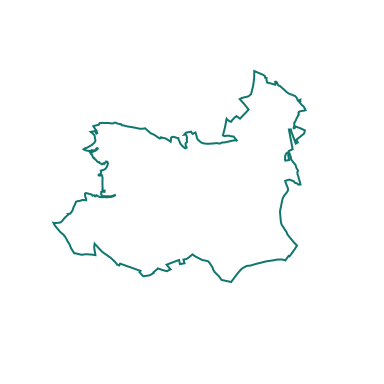 the district of Sincai, Mures, Romania, rotated 334°
{"feature_id": "2599482B3867982596225", "entity_name": "Sincai", "entity_type": "district", "adm_level": 2, "iso_a3": "ROU", "parent_name": "Romania", "parent_adm1": "Mures", "projection": "orthographic", "projection_center": [24.372, 46.658], "detail": "fine", "context": "isolated", "style": "outline", "palette": "teal", "viewbox_px": 384, "rotation_deg": 334, "n_neighbors": 0, "source": "geoboundaries", "source_scale": "gbopen_adm2", "svg_char_len": 6068}
<svg xmlns="http://www.w3.org/2000/svg" viewBox="0 0 384 384"><g transform="rotate(334 192 192)"><path d="M259.2,271.9L259.4,268.9L258.9,267.0L258.8,264.6L258.3,260.9L258.4,259.6L258.6,258.4L260.0,254.6L262.4,248.4L264.2,245.8L265.4,244.4L268.0,240.9L270.9,237.3L272.9,235.9L277.3,233.8L279.3,232.3L279.7,231.1L279.9,230.0L280.3,224.3L280.6,222.9L284.0,223.3L285.0,223.7L286.1,224.6L287.4,226.3L288.2,226.9L288.4,228.5L288.7,229.1L290.3,230.4L290.8,232.0L292.8,232.8L293.7,228.4L294.0,226.1L294.4,224.9L294.6,222.4L295.3,220.4L296.4,219.7L296.6,219.2L296.6,218.5L296.4,216.1L296.9,212.9L295.9,209.1L295.4,205.6L296.0,204.5L296.2,203.5L296.3,201.4L295.9,201.0L296.1,200.3L296.6,200.0L296.3,199.5L295.2,200.3L294.5,201.3L293.3,205.8L289.7,204.8L289.7,203.9L291.6,200.3L293.5,198.8L293.9,198.6L296.4,198.3L297.0,197.6L301.2,197.7L306.5,178.3L308.3,179.1L307.7,181.6L306.5,194.0L308.8,193.8L308.8,190.8L318.0,188.7L318.6,188.4L320.5,186.1L317.3,182.2L314.1,178.8L313.6,178.4L312.4,179.5L311.5,179.5L311.4,179.2L311.8,178.5L313.3,176.8L314.1,174.8L314.7,174.6L315.0,174.1L315.9,173.8L318.7,171.3L320.2,170.4L320.9,169.5L321.9,169.3L322.0,169.1L322.4,167.6L322.7,167.1L323.1,166.9L324.3,166.9L326.7,167.4L328.6,168.1L330.0,168.2L330.0,166.8L329.8,163.9L329.4,163.0L328.8,162.1L328.3,159.8L327.9,158.7L328.0,158.4L329.0,158.2L329.1,157.7L329.8,156.6L327.6,156.7L327.7,156.2L327.2,155.9L327.3,155.3L327.4,153.3L326.8,151.0L322.1,145.9L320.8,143.5L319.7,140.6L317.9,136.2L317.3,135.0L316.4,134.3L316.3,133.6L316.2,131.1L316.2,130.1L315.8,129.7L315.1,129.4L314.3,131.4L313.9,132.1L309.1,127.8L307.8,126.9L307.5,126.4L307.9,125.2L308.0,124.0L309.0,122.3L307.8,121.3L308.2,120.5L308.3,119.9L307.6,118.3L307.0,117.5L301.0,110.6L297.9,116.7L293.8,123.0L288.0,129.9L284.7,130.8L278.0,129.3L275.6,129.4L277.4,135.4L278.0,138.3L278.5,140.2L279.0,142.8L267.3,147.1L265.2,143.3L263.8,143.7L263.4,143.6L259.2,145.2L258.2,146.0L257.8,146.0L256.9,145.0L255.7,143.1L255.3,142.3L255.2,141.4L255.0,141.6L250.1,148.2L244.6,154.7L245.9,156.1L246.4,156.4L247.0,156.3L250.1,157.7L250.8,158.5L252.5,159.7L253.7,160.3L254.8,165.3L254.3,165.3L253.9,164.6L251.2,163.7L243.2,161.8L240.6,160.7L238.2,160.7L235.5,158.8L232.6,157.8L227.1,155.5L223.7,153.4L221.7,151.2L220.9,149.0L220.6,148.5L220.2,147.6L220.2,145.6L220.8,142.7L221.2,140.0L217.9,140.0L217.6,137.3L217.3,137.2L215.8,137.0L213.6,136.2L212.3,136.1L210.1,137.1L211.3,137.5L211.6,137.7L211.6,138.1L211.7,138.9L211.4,140.5L211.0,141.8L210.1,142.6L209.9,144.0L209.2,145.1L208.3,145.1L207.6,145.4L207.0,146.5L206.7,148.0L206.7,149.6L206.6,149.8L205.3,149.9L204.9,149.7L204.7,149.5L204.5,148.6L204.0,147.7L204.0,147.4L203.6,146.9L202.8,143.8L202.7,142.6L202.9,141.9L203.0,138.4L203.4,137.7L201.2,135.9L200.7,135.3L199.5,134.2L197.6,133.8L197.1,134.0L195.9,136.0L194.9,137.4L192.2,132.9L191.5,132.1L190.2,131.0L188.0,129.3L187.6,130.0L186.3,129.6L183.4,124.5L182.4,123.1L181.0,121.6L180.3,120.5L179.8,119.1L177.7,114.1L175.9,113.7L173.0,112.4L168.0,108.5L162.5,104.6L160.2,102.7L159.7,102.1L158.8,101.6L158.5,101.6L158.0,100.8L158.1,100.1L155.6,98.3L154.9,97.7L154.2,96.7L153.3,96.0L152.8,95.7L151.2,95.8L148.9,94.6L147.3,93.4L143.0,91.4L142.2,90.7L141.1,90.4L139.3,89.6L138.9,89.7L137.9,90.6L137.1,90.6L134.3,89.9L132.1,89.6L133.0,95.1L132.6,97.6L131.6,97.6L131.6,94.7L127.3,93.6L128.6,96.3L128.9,97.1L129.1,98.8L128.8,99.9L128.2,101.3L127.9,103.2L127.2,104.0L125.7,105.0L122.6,105.8L117.5,106.2L115.1,105.8L113.3,106.0L113.8,106.9L115.6,108.7L117.7,110.2L118.6,110.5L120.1,110.4L123.0,112.2L124.6,111.3L125.8,110.9L126.3,111.2L126.3,111.8L123.6,112.6L121.6,112.5L117.8,111.9L117.9,112.5L118.4,112.6L118.6,113.0L118.0,113.3L117.9,113.5L118.1,113.7L118.5,115.2L118.3,115.7L118.2,117.6L118.4,118.2L119.1,118.5L119.1,118.9L118.9,119.7L119.7,121.0L120.0,122.4L120.0,122.7L120.3,123.3L120.7,123.9L121.0,124.3L121.6,124.3L121.8,124.6L121.8,125.5L123.3,127.7L124.8,127.3L125.3,128.3L128.1,126.9L129.2,127.8L129.1,128.3L128.8,128.7L129.1,129.4L126.7,131.9L125.4,132.7L124.4,133.2L122.6,133.4L122.0,133.4L119.4,132.8L118.9,134.6L118.2,135.4L117.6,135.7L116.1,135.5L115.5,135.7L115.4,136.1L115.6,136.5L116.9,137.0L118.4,137.4L118.5,137.6L117.5,140.8L116.6,142.3L113.9,147.9L113.5,149.3L113.0,149.7L112.6,150.6L112.4,151.2L114.1,152.4L113.5,153.5L111.4,152.5L110.8,152.0L110.5,152.0L110.1,152.9L109.6,153.5L109.4,154.1L109.6,154.5L109.3,155.3L109.2,155.4L109.3,156.4L111.7,157.4L113.0,158.3L115.0,159.1L116.2,160.0L119.3,160.8L121.3,160.8L121.3,161.3L119.1,161.3L116.7,160.9L114.1,159.7L113.0,159.4L111.2,158.2L109.3,157.5L108.6,156.8L107.6,156.6L105.9,155.0L104.7,153.0L104.1,153.0L103.5,153.5L103.0,153.5L102.7,152.8L102.9,152.5L102.6,152.0L100.9,151.7L100.7,150.3L96.8,146.9L95.9,146.4L95.5,146.4L95.0,146.7L94.4,148.1L93.9,149.9L94.0,151.3L93.2,153.0L90.7,151.4L89.6,151.0L89.2,151.1L87.3,150.8L85.1,150.1L83.5,149.9L80.9,152.3L78.7,153.9L77.0,155.8L74.7,157.3L73.2,158.0L72.8,158.0L71.4,157.6L71.6,157.9L66.8,159.2L62.2,161.3L60.6,161.7L59.5,161.5L56.4,160.3L54.5,159.5L54.0,159.1L54.0,160.5L54.0,161.3L54.5,164.0L56.1,170.3L57.6,173.6L57.9,174.5L58.3,176.7L58.5,178.5L58.6,181.8L59.0,185.9L58.7,188.3L58.7,189.9L59.3,195.5L60.0,195.7L65.2,200.0L69.3,201.4L70.6,202.1L74.6,204.4L77.5,206.4L79.6,199.4L79.9,198.7L81.8,195.8L84.9,206.0L85.8,207.8L87.4,210.6L90.2,215.8L92.1,220.8L92.9,224.0L92.9,224.5L94.4,226.1L96.0,224.9L111.1,240.3L109.7,241.1L111.1,246.1L111.5,246.4L116.9,248.2L118.5,248.3L122.1,247.9L122.1,247.3L126.2,246.2L127.6,246.1L127.9,245.8L131.7,249.6L134.9,252.3L136.9,252.0L138.8,252.1L137.3,246.2L150.5,247.4L149.6,251.6L154.0,252.8L154.7,249.0L157.6,249.8L159.5,249.6L165.1,248.3L166.6,251.2L171.3,257.5L175.9,261.1L176.4,262.1L176.8,264.0L177.4,269.3L177.0,270.8L177.2,273.6L179.0,278.9L179.4,280.5L180.0,284.0L187.8,290.1L188.0,289.9L197.6,285.0L202.4,283.0L204.3,282.6L208.7,282.4L212.1,283.7L217.5,284.6L228.8,287.0L235.2,289.1L237.3,289.6L239.7,290.4L242.9,291.9L245.2,293.6L245.8,294.4L250.9,291.8L251.5,292.6L258.8,288.7L262.9,286.2L261.5,282.0L259.4,273.2L259.2,271.9Z" fill="none" stroke="#0f766e" stroke-width="2"/></g></svg>